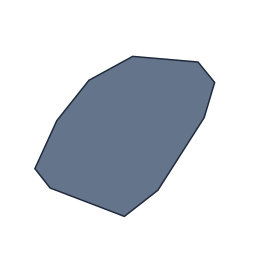 the district of Ndian, Cameroon, rotated 37°
{"feature_id": "32672807B79900399400197", "entity_name": "Ndian", "entity_type": "district", "adm_level": 2, "iso_a3": "CMR", "parent_name": "Cameroon", "parent_adm1": "", "projection": "equal_earth", "projection_center": [8.535, 4.676], "detail": "fine", "context": "isolated", "style": "filled", "palette": "slate", "viewbox_px": 256, "rotation_deg": 37, "n_neighbors": 0, "source": "geoboundaries", "source_scale": "gbopen_adm2", "svg_char_len": 293}
<svg xmlns="http://www.w3.org/2000/svg" viewBox="0 0 256 256"><g transform="rotate(37 128 128)"><path d="M78.1,216.5L101.9,222.8L178.3,200.8L189.3,159.8L182.6,73.9L169.8,39.5L144.2,33.2L88.6,68.0L68.1,113.3L66.7,164.9L78.1,216.5Z" fill="#64748b" stroke="#1e293b" stroke-width="1.5"/></g></svg>